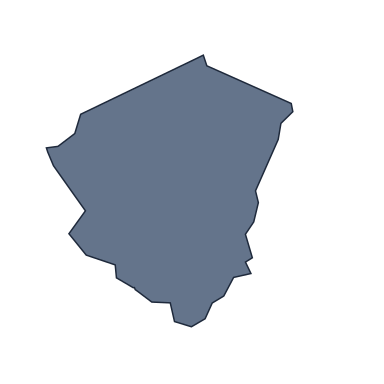 Greene, North Carolina, United States of America (Natural Earth projection), rotated 63°
{"feature_id": "52423323B20033821816181", "entity_name": "Greene", "entity_type": "district", "adm_level": 2, "iso_a3": "USA", "parent_name": "United States of America", "parent_adm1": "North Carolina", "projection": "natural_earth1", "projection_center": [-77.628, 35.5], "detail": "fine", "context": "isolated", "style": "filled", "palette": "slate", "viewbox_px": 384, "rotation_deg": 63, "n_neighbors": 0, "source": "geoboundaries", "source_scale": "gbopen_adm2", "svg_char_len": 638}
<svg xmlns="http://www.w3.org/2000/svg" viewBox="0 0 384 384"><g transform="rotate(63 192 192)"><path d="M311.8,253.7L310.9,237.9L300.1,224.4L299.1,210.9L287.0,193.7L291.4,176.5L278.7,176.2L278.0,168.1L253.9,163.6L246.7,150.6L231.6,137.7L219.8,134.9L184.3,91.3L171.2,81.6L166.2,65.7L158.2,63.4L86.3,121.5L75.2,119.8L75.0,131.0L72.2,255.9L86.7,269.9L90.5,290.7L86.6,301.7L90.9,302.4L105.7,303.5L142.1,298.2L160.4,295.5L173.3,320.6L200.2,314.9L222.1,293.5L234.2,298.3L250.6,287.8L251.0,286.7L251.4,286.7L253.2,286.9L255.9,285.5L271.8,277.8L280.9,261.7L299.5,266.4L311.8,253.7Z" fill="#64748b" stroke="#1e293b" stroke-width="1.5"/></g></svg>